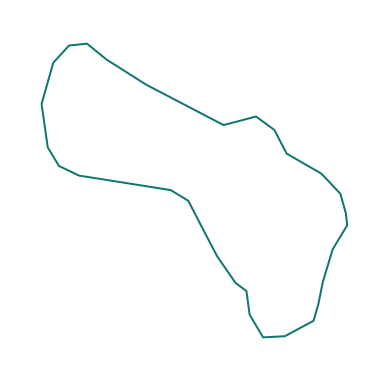 outline of Lebialem, Sud-Ouest, Cameroon, rotated 95°
{"feature_id": "32672807B23253489436904", "entity_name": "Lebialem", "entity_type": "district", "adm_level": 2, "iso_a3": "CMR", "parent_name": "Cameroon", "parent_adm1": "Sud-Ouest", "projection": "orthographic", "projection_center": [9.96, 5.584], "detail": "fine", "context": "isolated", "style": "outline", "palette": "teal", "viewbox_px": 384, "rotation_deg": 95, "n_neighbors": 0, "source": "geoboundaries", "source_scale": "gbopen_adm2", "svg_char_len": 557}
<svg xmlns="http://www.w3.org/2000/svg" viewBox="0 0 384 384"><g transform="rotate(95 192 192)"><path d="M211.7,34.5L199.7,36.9L180.9,44.0L162.5,64.6L145.5,101.1L123.0,115.3L111.2,134.9L122.6,166.4L92.0,240.0L88.9,247.4L67.5,288.7L53.4,309.5L56.8,327.3L75.4,341.5L117.4,349.5L160.1,339.6L177.7,326.8L185.5,306.0L192.0,213.3L201.2,194.8L229.6,176.9L250.9,163.2L253.9,161.3L278.7,140.8L286.0,129.1L309.2,123.9L312.7,121.4L330.6,108.5L327.6,87.0L309.7,59.7L292.4,56.3L270.7,53.9L236.9,46.9L211.7,34.5Z" fill="none" stroke="#0f766e" stroke-width="2"/></g></svg>